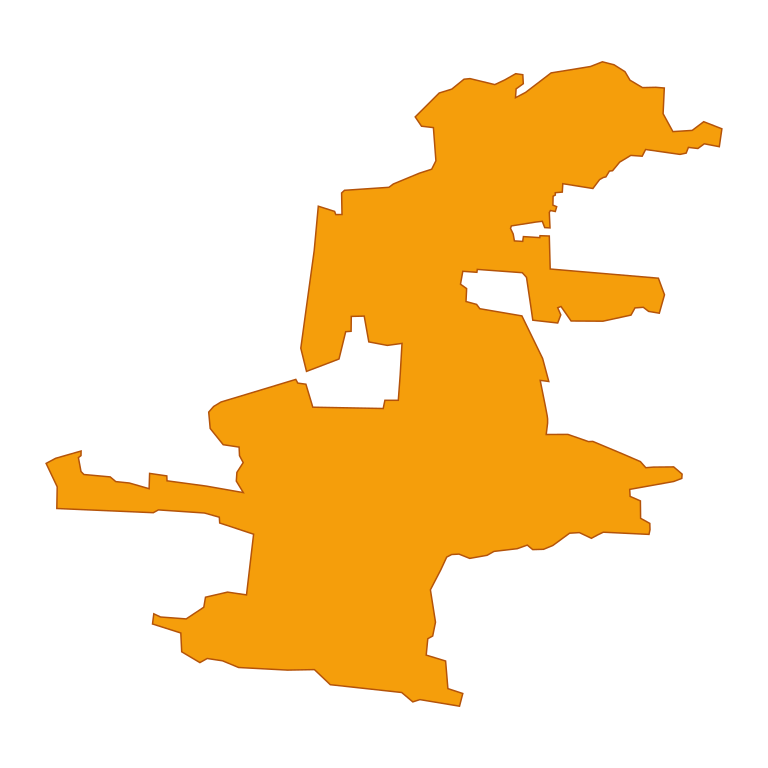 outline of Shakhrisabz city, Kashkadarya, Uzbekistan
{"feature_id": "79887680B15767509154771", "entity_name": "Shakhrisabz city", "entity_type": "district", "adm_level": 2, "iso_a3": "UZB", "parent_name": "Uzbekistan", "parent_adm1": "Kashkadarya", "projection": "equal_earth", "projection_center": [66.838, 39.072], "detail": "fine", "context": "isolated", "style": "filled", "palette": "amber", "viewbox_px": 768, "rotation_deg": 0, "n_neighbors": 0, "source": "geoboundaries", "source_scale": "gbopen_adm2", "svg_char_len": 2958}
<svg xmlns="http://www.w3.org/2000/svg" viewBox="0 0 768 768"><path d="M306.3,307.9L300.8,348.2L306.5,371.4L339.0,359.0L345.7,331.7L351.1,331.3L351.3,316.4L364.2,316.1L368.8,341.9L387.3,345.4L402.0,343.4L400.2,374.7L398.3,400.3L384.9,400.3L383.2,408.5L312.8,407.2L305.9,384.2L297.8,383.1L295.8,379.4L221.0,402.0L213.6,406.5L208.7,412.1L210.2,428.5L223.2,444.7L239.1,447.1L239.5,455.7L243.2,462.6L236.9,472.4L236.3,481.1L243.3,492.6L206.3,486.1L167.0,480.8L166.8,475.9L149.6,473.4L149.1,488.7L129.3,483.0L115.8,481.6L110.2,476.9L83.9,474.5L81.0,471.5L78.4,457.6L81.0,455.6L81.1,451.0L55.6,458.3L46.1,463.4L57.2,486.8L56.8,508.5L153.3,512.7L158.4,509.9L204.4,513.0L219.3,517.2L219.7,523.0L253.6,534.2L246.5,594.9L227.5,592.1L205.5,597.2L203.8,607.2L186.2,618.9L160.5,617.0L153.8,613.8L152.5,624.0L180.8,633.0L181.7,651.8L199.9,662.6L207.2,658.5L222.5,660.8L238.6,667.5L287.6,670.1L314.4,669.6L330.3,684.7L401.7,692.5L412.8,701.9L419.9,699.6L459.5,706.2L462.8,693.5L447.9,688.6L445.6,661.0L426.2,655.1L427.8,638.7L432.7,636.0L435.5,622.2L430.4,589.8L440.8,569.8L446.7,557.1L451.7,554.5L459.0,554.1L469.7,558.4L487.1,555.3L494.0,551.4L517.2,548.7L527.3,545.1L532.7,549.6L543.6,549.3L552.8,545.5L569.6,533.2L579.4,532.6L591.4,538.3L597.9,534.8L603.3,532.2L649.0,534.4L650.0,529.7L649.8,523.4L640.6,518.3L640.4,500.9L630.1,496.4L629.7,489.4L673.7,481.5L681.8,478.4L682.1,474.1L673.7,466.9L653.4,467.1L645.8,467.7L640.4,461.6L624.0,454.5L592.8,441.4L588.5,441.6L567.9,434.4L546.2,434.5L547.6,423.1L547.6,418.9L547.2,415.8L545.3,405.8L540.2,380.4L543.0,380.7L548.8,381.5L542.6,358.4L521.9,315.9L479.8,308.7L476.6,304.4L466.0,301.5L466.5,291.6L466.6,288.6L460.5,284.2L462.8,271.3L476.9,272.3L477.3,269.4L522.3,272.7L526.5,277.4L530.6,305.0L532.8,320.2L557.7,323.0L560.7,315.1L560.8,314.9L557.7,307.7L561.0,306.5L570.2,319.7L571.1,321.0L572.9,321.0L602.9,321.2L631.0,315.1L635.0,307.9L643.3,307.3L648.6,311.4L659.3,313.2L664.5,294.8L658.4,278.2L550.2,269.0L549.3,236.0L540.0,235.7L539.8,237.6L523.4,236.6L522.7,241.4L514.4,240.9L513.2,234.0L510.5,228.4L511.4,225.9L535.5,222.1L542.3,221.3L544.7,227.6L550.0,227.9L549.3,212.4L550.4,210.5L555.3,211.5L556.7,206.7L552.9,205.1L553.1,196.2L555.3,195.1L555.3,192.7L562.3,192.1L562.8,183.7L592.9,188.5L599.6,179.6L603.3,177.5L605.9,176.9L609.4,171.1L612.6,170.7L619.7,162.1L630.8,155.4L642.2,156.2L645.6,149.5L680.0,154.4L686.2,153.1L688.4,147.4L697.9,148.5L704.3,143.8L719.3,146.7L721.9,128.8L703.7,121.7L692.2,130.4L672.9,131.6L663.1,113.7L664.3,88.0L655.9,87.3L642.5,87.6L630.0,80.2L625.0,71.7L614.1,64.8L602.4,61.8L590.5,66.5L551.1,72.9L525.6,92.4L515.5,97.7L516.1,88.9L523.3,83.7L522.8,74.7L515.7,73.7L504.8,79.9L494.8,84.6L470.0,78.6L464.0,79.2L451.8,89.1L439.2,93.0L415.2,116.9L421.5,126.2L433.4,127.6L435.9,160.8L431.7,169.2L419.3,173.2L393.3,184.0L388.9,187.3L344.5,190.3L341.6,193.0L342.0,214.5L335.8,214.6L334.6,211.4L318.3,206.2L314.2,250.6L306.3,307.9Z" fill="#f59e0b" stroke="#b45309" stroke-width="1.5"/></svg>